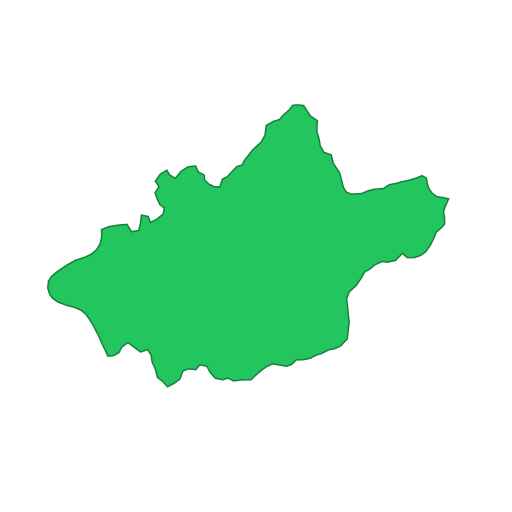 the district of Guatambú, Santa Catarina, Brazil, rotated 54°
{"feature_id": "56859067B99380282166961", "entity_name": "Guatambú", "entity_type": "district", "adm_level": 2, "iso_a3": "BRA", "parent_name": "Brazil", "parent_adm1": "Santa Catarina", "projection": "robinson", "projection_center": [-52.789, -27.112], "detail": "fine", "context": "isolated", "style": "filled", "palette": "green", "viewbox_px": 512, "rotation_deg": 54, "n_neighbors": 0, "source": "geoboundaries", "source_scale": "gbopen_adm2", "svg_char_len": 2266}
<svg xmlns="http://www.w3.org/2000/svg" viewBox="0 0 512 512"><g transform="rotate(54 256 256)"><path d="M143.9,365.5L150.0,369.7L154.6,375.1L157.2,381.3L157.7,388.1L156.4,395.3L153.3,404.7L152.2,414.0L152.0,420.3L151.8,426.4L152.3,433.3L154.3,438.6L159.6,443.4L166.0,445.5L170.6,445.4L176.9,443.3L184.8,438.0L190.9,433.0L197.5,429.2L203.3,427.9L209.7,427.9L216.8,428.5L222.1,429.4L226.9,430.0L237.4,432.3L243.1,433.3L250.0,434.7L252.8,430.0L253.6,423.7L250.8,418.1L250.8,410.4L265.7,405.9L268.0,398.7L274.6,399.1L280.8,402.4L288.3,403.9L296.2,407.1L303.0,405.1L309.8,404.4L310.9,397.3L310.9,390.2L306.1,382.5L307.7,376.9L312.6,371.4L310.9,365.5L316.5,360.5L322.8,361.5L331.0,360.8L336.7,355.5L338.3,350.4L343.7,347.7L347.9,340.3L353.2,332.9L352.1,325.1L351.6,317.5L351.8,311.8L353.1,305.8L357.9,301.2L363.2,296.0L364.7,290.7L363.7,284.5L367.8,278.5L370.6,272.3L371.6,265.2L373.5,260.1L374.6,252.4L377.4,246.5L378.5,240.2L376.7,230.9L364.2,219.4L359.2,216.7L350.3,211.4L343.9,207.9L339.8,201.6L338.8,192.4L336.1,184.8L332.7,177.3L333.5,171.6L333.0,165.1L334.5,157.4L338.1,153.5L341.6,145.8L339.9,136.0L346.2,134.6L350.3,128.9L352.3,122.6L352.3,116.2L349.5,108.1L345.8,101.2L342.6,96.1L342.2,90.0L341.1,84.7L336.1,81.1L330.5,78.4L327.2,73.9L322.9,66.5L314.0,74.9L308.9,76.6L303.5,76.6L298.2,74.9L293.1,72.4L288.6,74.5L287.0,81.1L284.5,88.2L281.5,94.8L279.5,100.4L276.6,106.3L276.3,113.4L271.8,120.6L269.3,126.5L267.5,134.0L262.0,142.5L257.1,145.4L251.8,145.0L244.5,142.0L238.0,139.5L226.6,139.0L218.3,135.7L212.2,140.1L204.6,139.3L198.2,136.1L191.1,133.6L187.0,130.6L182.7,126.8L174.8,129.7L162.2,129.1L158.4,133.3L155.6,137.8L157.3,142.9L158.1,151.1L159.4,156.8L157.3,162.8L156.4,171.0L163.4,177.5L166.9,185.0L167.5,190.9L168.3,196.8L170.0,202.5L171.6,208.7L174.2,213.8L172.4,218.9L173.6,225.6L174.9,232.6L174.1,238.1L178.9,244.6L175.6,248.9L170.1,251.9L164.3,252.9L160.1,250.4L154.0,253.3L147.7,251.9L143.9,258.7L143.4,266.9L145.7,275.6L139.4,278.3L134.2,277.7L133.5,285.3L136.3,293.4L142.9,293.7L145.5,300.5L151.5,302.3L157.9,303.5L163.4,302.0L167.4,306.4L168.0,314.5L166.8,321.7L160.7,320.0L155.6,324.6L161.6,330.2L166.5,335.8L163.2,342.4L154.6,341.8L151.5,346.8L148.3,352.6L145.5,358.5L143.9,365.5Z" fill="#22c55e" stroke="#15803d" stroke-width="1.5"/></g></svg>